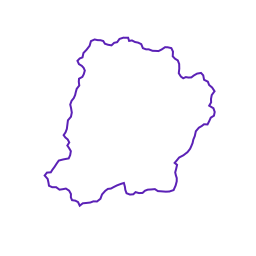 Brás Pires, Minas Gerais, Brazil (Robinson projection), rotated 24°
{"feature_id": "56859067B189546975189", "entity_name": "Brás Pires", "entity_type": "district", "adm_level": 2, "iso_a3": "BRA", "parent_name": "Brazil", "parent_adm1": "Minas Gerais", "projection": "robinson", "projection_center": [-43.23, -20.882], "detail": "fine", "context": "isolated", "style": "outline", "palette": "violet", "viewbox_px": 256, "rotation_deg": 24, "n_neighbors": 0, "source": "geoboundaries", "source_scale": "gbopen_adm2", "svg_char_len": 2096}
<svg xmlns="http://www.w3.org/2000/svg" viewBox="0 0 256 256"><g transform="rotate(24 128 128)"><path d="M115.5,218.6L117.3,215.2L120.3,213.5L123.9,211.4L126.2,209.1L129.6,207.7L131.6,203.9L131.3,199.2L132.8,194.6L134.4,191.8L137.0,190.3L139.0,187.7L141.3,184.9L144.2,182.0L146.6,179.9L149.1,183.0L150.7,185.6L153.2,188.2L156.9,188.0L159.8,186.4L161.0,183.5L164.5,183.0L167.7,181.4L169.0,178.4L171.1,176.3L174.2,174.7L177.4,172.9L181.0,173.5L183.9,172.4L188.4,170.8L191.6,169.2L194.9,166.2L194.9,161.2L194.2,156.9L192.9,153.9L191.1,151.9L189.2,149.4L188.6,145.7L187.8,141.7L184.8,140.9L185.8,137.6L186.7,134.2L189.7,130.4L192.2,125.8L193.2,121.7L193.2,118.6L193.1,115.4L192.4,112.1L192.3,108.2L191.3,103.4L192.6,98.9L194.5,96.3L195.9,93.7L199.2,92.4L199.4,88.7L199.4,84.9L201.5,81.8L200.7,78.1L198.0,75.2L193.1,74.6L193.5,70.8L192.0,67.7L191.1,63.8L192.1,59.2L188.4,56.8L184.6,55.7L182.1,53.2L177.9,53.0L175.3,49.3L172.3,48.0L169.0,50.2L166.8,53.2L165.3,56.0L162.8,57.3L160.1,58.0L158.2,60.1L155.4,59.5L152.1,57.3L150.7,52.9L148.7,48.7L146.0,46.0L142.8,45.6L139.7,44.3L138.0,39.9L135.1,37.4L131.5,38.1L129.0,39.1L126.8,42.6L124.6,45.3L122.2,46.2L119.0,47.5L115.0,47.7L112.4,48.8L109.1,49.0L106.0,46.0L102.5,45.9L99.4,46.6L96.0,46.4L93.6,48.0L91.4,45.5L87.0,47.4L84.0,50.1L83.2,54.0L80.7,55.8L79.3,59.2L75.8,60.1L72.6,60.4L70.0,58.6L67.2,59.0L64.5,60.1L61.5,60.7L58.8,63.7L59.5,68.5L58.3,73.4L56.8,77.6L57.7,82.0L55.6,84.1L54.5,87.2L57.2,89.6L60.5,90.0L63.0,91.1L65.2,93.1L65.7,96.9L65.5,99.9L63.2,102.9L64.2,105.7L66.2,109.0L65.2,113.1L65.7,116.4L66.3,119.4L66.3,122.8L65.4,126.1L65.7,130.1L67.9,133.0L70.4,136.8L71.3,140.9L70.0,145.4L71.2,149.4L72.5,153.7L72.7,157.4L72.1,160.7L74.5,162.1L77.6,163.0L80.2,165.1L79.7,168.7L82.3,170.3L85.2,172.4L86.2,176.3L86.2,179.9L84.0,181.4L81.7,183.0L78.0,185.9L77.3,189.5L76.7,193.4L75.9,197.0L75.5,199.9L72.1,201.7L71.2,205.3L75.3,207.2L77.6,210.3L79.3,212.9L82.8,212.9L86.4,211.3L90.5,212.2L93.5,210.3L95.9,208.6L99.7,209.2L102.7,211.5L104.0,214.6L106.2,216.7L109.4,215.8L112.5,216.0L115.5,218.6Z" fill="none" stroke="#5b21b6" stroke-width="2"/></g></svg>